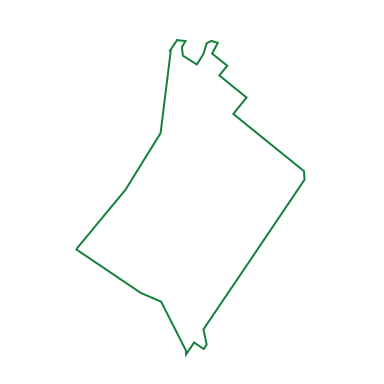 71, Umm Salal, Qatar (orthographic projection), rotated 214°
{"feature_id": "91078587B67880775667160", "entity_name": "71", "entity_type": "district", "adm_level": 2, "iso_a3": "QAT", "parent_name": "Qatar", "parent_adm1": "Umm Salal", "projection": "orthographic", "projection_center": [51.367, 25.463], "detail": "fine", "context": "isolated", "style": "outline", "palette": "green", "viewbox_px": 384, "rotation_deg": 214, "n_neighbors": 0, "source": "geoboundaries", "source_scale": "gbopen_adm2", "svg_char_len": 644}
<svg xmlns="http://www.w3.org/2000/svg" viewBox="0 0 384 384"><g transform="rotate(214 192 192)"><path d="M289.5,309.5L289.3,309.0L289.3,297.1L288.7,297.4L269.2,259.1L251.0,223.3L249.7,189.8L248.4,156.7L251.2,128.4L255.8,81.2L255.5,79.7L234.7,79.7L177.8,79.7L156.3,83.8L108.4,57.2L106.1,54.0L106.1,58.7L106.1,68.4L94.5,68.4L94.5,73.7L105.7,84.5L105.6,175.7L105.6,194.7L105.6,265.1L110.8,271.9L155.9,275.8L158.0,276.0L201.4,279.8L199.6,300.8L234.5,303.9L233.4,316.4L252.7,318.0L254.0,330.0L260.4,328.1L263.0,323.6L259.7,312.8L259.3,300.4L275.8,299.9L281.4,306.4L281.8,313.5L289.5,309.5Z" fill="none" stroke="#15803d" stroke-width="2"/></g></svg>